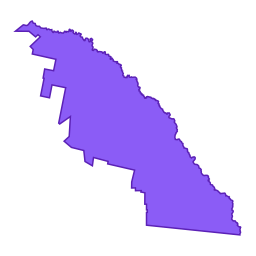 Quebrachos, Santiago del Estero, Argentina (Mercator projection)
{"feature_id": "61730980B41889863901757", "entity_name": "Quebrachos", "entity_type": "district", "adm_level": 2, "iso_a3": "ARG", "parent_name": "Argentina", "parent_adm1": "Santiago del Estero", "projection": "mercator", "projection_center": [-63.316, -29.355], "detail": "fine", "context": "isolated", "style": "filled", "palette": "violet", "viewbox_px": 256, "rotation_deg": 0, "n_neighbors": 0, "source": "geoboundaries", "source_scale": "gbopen_adm2", "svg_char_len": 5699}
<svg xmlns="http://www.w3.org/2000/svg" viewBox="0 0 256 256"><path d="M146.5,225.2L239.9,234.9L239.9,233.6L240.5,232.7L240.5,231.9L240.0,231.1L240.2,230.6L239.9,229.4L240.3,228.5L240.2,227.7L240.6,227.5L240.5,227.0L240.1,226.8L239.2,226.9L237.6,225.6L237.3,225.1L237.8,224.4L237.7,223.5L237.2,222.8L236.5,222.8L235.1,220.9L233.2,220.9L231.7,219.3L232.0,217.3L232.3,216.9L232.4,216.3L232.2,215.3L231.9,214.9L231.8,213.7L232.8,212.5L233.2,211.2L232.9,210.5L231.9,210.0L232.0,209.2L231.9,208.5L232.4,207.9L232.8,206.4L232.5,205.9L232.9,205.0L232.7,204.2L232.9,203.7L232.5,203.0L232.4,202.2L232.8,201.6L232.6,200.6L230.8,199.9L230.4,199.0L229.4,198.6L229.1,197.6L229.4,197.1L229.1,196.7L228.9,196.8L228.1,196.6L226.4,195.6L225.9,195.8L225.6,194.5L225.1,193.4L224.7,193.1L220.3,193.6L219.7,192.6L218.4,191.7L218.2,191.2L216.6,190.2L214.9,190.1L214.3,189.8L214.5,189.3L214.9,189.1L214.2,187.2L212.9,186.1L212.7,185.3L212.3,184.9L211.2,184.8L210.4,184.4L210.3,182.9L209.7,182.0L209.2,181.8L208.8,181.0L208.2,180.8L208.2,180.2L208.9,180.1L208.7,179.7L209.3,179.0L208.3,177.4L208.4,176.3L208.2,176.0L207.1,175.3L204.7,175.4L204.1,175.6L202.8,174.9L201.6,173.4L201.2,172.7L201.3,171.5L200.9,170.5L201.2,170.0L201.1,169.5L200.3,168.5L199.2,168.1L199.0,167.7L198.7,166.0L197.6,164.9L196.9,164.5L194.9,164.3L194.0,163.6L193.2,162.3L193.2,161.4L194.2,160.3L195.1,159.0L195.2,157.8L194.8,157.2L194.0,156.8L193.6,157.1L192.3,157.2L191.4,157.9L190.1,156.8L190.0,155.4L189.6,155.1L189.6,154.7L189.2,154.3L188.8,152.7L188.6,152.5L188.3,152.6L187.5,151.5L187.5,149.9L187.2,148.8L184.1,147.9L184.2,147.7L182.9,145.5L182.9,144.5L182.8,144.2L182.9,143.5L182.4,143.3L181.6,142.5L181.5,141.7L180.1,140.8L179.8,139.9L179.3,139.6L179.0,139.0L177.7,139.3L177.2,139.7L175.3,139.4L175.2,138.4L174.8,137.7L175.1,135.4L175.3,134.5L176.0,133.6L175.9,133.0L177.3,131.3L177.1,130.4L177.3,129.5L176.6,128.6L176.4,127.8L176.5,127.4L176.9,127.2L177.0,126.8L176.8,126.1L176.0,124.2L174.4,122.4L174.4,121.7L174.7,121.3L174.7,120.4L174.4,120.1L174.2,119.2L173.2,118.7L172.4,118.9L171.3,118.7L170.6,118.2L169.3,117.9L169.0,117.5L168.8,117.0L169.2,116.1L169.9,115.5L170.1,114.9L170.1,114.5L169.6,113.7L169.2,113.4L169.2,113.0L167.3,113.0L166.8,113.4L167.0,114.0L166.7,114.0L165.5,112.9L164.7,112.8L164.7,112.6L163.8,112.1L163.5,111.3L162.8,110.5L162.6,109.2L161.5,108.7L160.2,107.4L159.9,106.5L159.5,106.4L159.3,106.1L159.4,105.7L159.2,105.4L159.4,105.3L159.0,104.7L159.0,103.9L158.4,103.8L158.1,103.5L158.5,101.4L157.9,100.9L156.8,100.5L155.7,100.5L155.5,100.2L155.7,99.8L155.5,99.5L154.5,99.4L154.5,99.0L153.8,98.5L153.3,98.4L152.9,98.7L152.5,98.3L151.3,98.1L151.1,97.4L150.4,97.1L149.9,97.2L149.4,97.1L149.2,96.9L147.5,96.5L146.6,96.8L146.6,97.6L145.7,97.6L145.7,98.2L144.7,98.1L144.5,97.8L144.3,96.8L143.7,96.2L143.6,95.2L143.4,95.1L142.9,95.4L142.1,94.9L142.2,94.2L141.4,94.2L141.4,93.6L141.2,93.5L141.0,92.9L140.2,92.7L140.3,92.0L139.8,91.0L139.0,90.8L139.1,90.0L138.9,89.6L139.9,88.8L139.7,88.3L140.0,87.5L139.7,87.2L139.3,87.6L139.1,87.3L138.6,87.1L137.8,85.8L137.7,85.0L138.1,84.1L137.9,83.0L137.6,82.8L137.6,82.2L137.1,81.7L136.9,80.5L136.3,79.6L136.9,79.2L136.5,78.2L136.1,77.8L135.1,77.1L132.0,77.3L131.3,76.9L130.7,77.3L129.7,77.2L129.3,77.0L129.1,76.5L129.2,75.5L128.3,75.7L128.0,75.3L127.8,75.3L127.4,76.0L127.1,76.2L127.3,76.7L126.8,77.6L126.0,77.2L125.4,77.6L124.1,77.2L123.9,76.1L123.0,75.6L122.8,75.0L123.3,73.5L122.5,72.2L122.3,71.4L122.5,71.1L121.8,70.7L121.6,70.3L121.8,69.6L121.2,68.3L121.4,67.8L120.5,67.2L120.5,66.2L120.7,65.9L121.2,65.7L121.2,65.1L119.9,64.3L119.2,64.5L118.8,63.8L117.9,63.3L116.9,63.1L117.0,62.7L117.5,62.1L117.4,61.7L115.2,61.7L113.3,61.0L113.2,59.8L111.9,58.1L111.6,58.2L111.1,59.2L110.5,59.3L110.3,59.1L110.3,58.2L110.9,56.9L110.4,56.5L109.1,56.1L108.7,55.8L108.7,54.9L108.4,54.4L106.2,54.5L105.4,54.2L105.2,53.9L105.3,52.4L105.0,51.8L104.3,51.8L103.5,53.0L102.7,53.1L102.3,52.2L101.5,51.8L98.9,51.5L98.2,51.9L97.8,51.9L97.3,51.5L97.2,50.4L96.1,49.5L94.3,49.2L93.5,50.4L92.6,50.3L92.3,50.0L92.3,49.5L93.0,47.7L93.0,47.0L92.1,45.8L92.1,45.1L92.8,43.3L92.6,42.7L91.9,42.1L91.8,41.5L91.8,41.0L92.4,40.3L92.6,39.8L92.5,39.4L92.1,39.2L91.6,38.5L91.2,38.4L90.3,38.9L90.3,39.7L90.6,40.4L90.7,41.0L89.8,41.8L89.0,41.6L88.6,39.6L87.6,38.5L86.8,38.2L85.8,38.3L85.4,38.9L85.0,40.5L84.2,40.6L83.8,40.1L83.8,39.7L83.1,39.2L82.6,38.3L82.4,37.2L80.8,36.9L80.1,35.9L80.3,35.3L81.1,34.7L81.0,34.1L80.8,33.7L79.8,33.6L79.0,33.0L78.6,33.0L77.8,34.0L76.9,34.4L76.4,34.0L76.2,32.5L75.9,32.3L75.6,32.6L75.4,33.6L75.1,33.9L74.6,33.9L73.4,33.0L73.1,32.4L73.5,31.6L73.4,31.0L72.4,30.1L71.7,30.2L71.5,30.9L71.2,31.1L70.5,31.1L70.1,29.5L69.5,29.3L69.2,29.6L68.9,31.2L68.5,31.7L66.6,31.5L66.3,32.2L65.9,32.2L65.6,31.5L64.6,31.3L63.8,32.6L63.2,33.1L61.2,32.8L60.3,32.3L59.2,32.9L58.6,32.9L58.4,32.5L58.3,31.6L58.1,31.2L57.7,31.2L57.3,31.3L57.0,32.0L56.3,32.2L55.4,32.0L54.6,31.3L54.0,31.2L53.7,32.2L53.3,32.5L52.9,32.4L51.9,30.9L51.8,29.6L49.9,29.8L49.0,29.1L48.3,29.0L47.1,29.7L46.6,29.5L46.4,28.3L46.2,28.1L43.8,28.4L41.2,28.0L40.7,27.8L39.5,26.3L37.7,26.3L36.2,25.8L35.8,25.4L35.2,23.5L33.2,23.1L32.3,21.1L31.3,21.3L29.9,22.4L28.9,23.8L27.5,25.3L26.1,25.5L23.9,24.9L23.2,24.9L15.4,31.2L29.0,31.3L35.6,36.9L38.0,34.7L40.3,36.8L30.2,46.4L33.2,49.5L32.3,54.0L55.9,59.3L53.6,70.7L44.7,69.0L43.1,78.1L44.1,78.3L40.6,95.9L49.5,97.8L52.0,84.9L65.7,87.7L58.7,123.1L59.7,124.0L70.4,116.5L69.2,136.5L64.1,141.2L71.4,147.4L83.8,150.5L85.0,161.5L92.4,165.8L93.5,157.5L108.1,161.4L107.7,163.9L134.6,170.1L131.7,182.0L131.6,188.0L135.4,187.9L135.5,190.7L141.2,190.6L140.9,192.0L144.9,192.8L144.8,204.2L146.5,204.2L146.5,209.8L147.3,209.8L147.3,212.4L146.5,212.5L146.5,225.2Z" fill="#8b5cf6" stroke="#5b21b6" stroke-width="1.5"/></svg>